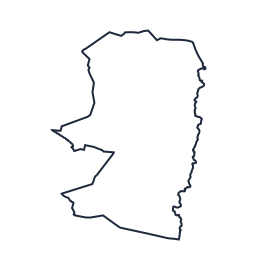 the district of Haut-Sassandra, Haut-Sassandra, Ivory Coast, rotated 192°
{"feature_id": "98640826B13622385448205", "entity_name": "Haut-Sassandra", "entity_type": "district", "adm_level": 2, "iso_a3": "CIV", "parent_name": "Ivory Coast", "parent_adm1": "Haut-Sassandra", "projection": "orthographic", "projection_center": [-6.803, 7.032], "detail": "fine", "context": "isolated", "style": "outline", "palette": "slate", "viewbox_px": 256, "rotation_deg": 192, "n_neighbors": 0, "source": "geoboundaries", "source_scale": "gbopen_adm2", "svg_char_len": 5493}
<svg xmlns="http://www.w3.org/2000/svg" viewBox="0 0 256 256"><g transform="rotate(192 128 128)"><path d="M162.2,31.5L150.5,31.7L150.3,31.8L146.2,32.6L134.2,37.3L116.7,29.5L114.3,28.9L88.2,28.8L65.6,28.5L59.2,29.3L55.1,29.5L55.2,30.2L55.0,31.1L55.2,31.8L55.1,32.4L55.1,32.9L55.3,33.3L55.1,34.2L55.5,35.8L55.5,36.4L55.4,36.7L55.7,37.9L55.6,38.4L55.2,38.9L55.4,39.4L55.7,39.4L55.8,39.3L56.0,39.6L56.4,39.9L56.5,40.2L56.6,40.8L56.4,42.4L56.1,42.8L55.7,42.9L55.4,43.3L55.3,44.1L56.1,46.2L56.7,46.7L57.1,47.5L57.0,48.2L56.8,49.0L56.8,49.3L57.5,50.4L58.0,50.8L58.1,51.2L58.4,51.4L59.1,51.4L59.3,51.5L60.1,53.5L60.5,53.4L61.2,53.2L62.1,52.7L62.4,52.6L63.0,52.7L63.3,52.9L63.8,53.9L65.0,55.5L65.2,55.8L65.1,56.1L65.4,56.2L65.7,56.1L66.1,56.2L66.6,56.5L67.0,56.8L67.1,57.3L67.1,58.5L67.4,59.6L67.4,60.1L67.3,60.5L67.0,60.7L65.8,60.8L64.8,60.4L63.6,60.4L63.0,60.5L62.3,60.8L62.1,60.9L61.4,61.6L61.0,61.8L60.5,62.1L60.3,62.3L60.1,62.8L60.2,63.8L60.8,64.4L61.3,65.2L61.9,65.5L62.4,66.3L62.4,66.9L62.1,67.9L62.0,68.6L62.1,69.3L62.5,70.4L63.1,71.4L63.3,71.5L63.7,72.2L64.5,72.8L65.0,73.0L65.0,73.7L65.1,74.5L64.8,75.3L64.1,76.0L63.9,76.5L63.2,77.2L62.8,77.4L62.5,77.4L61.2,77.5L60.4,77.7L59.9,77.7L59.5,77.8L59.1,78.5L59.3,78.9L59.4,79.5L59.7,79.6L59.9,80.0L59.8,80.5L58.6,81.0L58.0,81.8L57.9,82.2L57.7,82.6L56.6,82.7L56.0,82.6L55.5,82.9L54.9,83.6L54.8,84.0L54.9,84.5L56.1,85.6L56.5,86.2L57.4,88.0L57.9,88.6L57.9,89.0L57.7,89.9L57.3,90.8L56.6,92.7L56.8,93.7L57.2,94.2L57.3,94.5L57.3,95.3L57.2,96.4L56.9,97.2L56.6,97.8L56.8,99.5L56.4,101.0L56.2,102.3L56.4,103.9L57.1,105.5L57.5,105.8L57.6,106.1L57.2,107.0L56.5,107.0L55.7,107.2L54.6,107.9L54.3,108.3L54.6,109.2L55.0,109.7L55.8,110.3L56.1,110.4L56.8,110.5L57.0,110.6L58.1,112.3L58.5,112.6L58.6,113.0L58.6,113.4L58.4,113.6L57.9,113.8L57.6,114.3L57.5,114.8L57.5,115.0L57.7,116.5L57.9,116.8L57.9,117.6L57.8,118.1L58.1,118.2L58.5,118.1L58.9,118.6L58.9,119.3L59.1,119.5L59.7,119.6L59.8,119.8L59.9,120.3L59.9,120.5L59.6,121.0L59.0,123.1L58.8,123.3L58.7,123.6L58.8,124.6L58.2,126.1L58.3,127.7L58.2,128.6L57.9,129.9L57.6,130.5L57.4,130.6L57.3,131.6L57.6,132.2L57.9,132.5L58.1,132.9L58.1,135.0L58.0,136.3L57.7,136.9L57.4,137.5L57.3,138.6L57.6,140.2L57.7,140.6L58.0,141.0L59.2,142.0L59.7,142.1L59.9,142.3L60.0,142.7L60.3,143.0L60.3,143.8L60.2,144.0L60.0,144.3L60.1,145.2L60.0,145.5L59.7,146.0L59.2,146.4L58.2,146.8L57.7,147.4L57.6,148.2L57.7,148.6L57.9,149.0L57.8,150.1L57.9,150.6L57.7,151.3L57.6,151.9L57.7,152.2L58.1,152.6L58.6,152.7L59.3,153.1L59.7,153.4L60.3,153.6L61.4,153.6L61.8,153.4L62.6,153.6L62.9,153.6L63.2,153.7L63.4,153.7L63.9,153.9L64.5,153.9L64.7,154.0L64.7,154.5L65.1,154.7L65.1,154.9L65.0,155.1L65.1,155.5L66.0,157.2L66.1,157.4L66.0,158.1L66.1,158.3L66.5,158.8L66.4,159.8L65.9,161.0L66.3,161.6L66.4,161.8L66.8,162.7L67.0,163.5L67.4,164.0L67.6,164.4L67.5,165.2L67.4,165.7L67.4,166.6L66.7,167.4L66.6,167.7L66.7,168.0L68.1,168.5L68.7,169.1L68.8,169.5L68.7,170.0L68.3,170.4L67.8,171.4L67.4,171.7L66.7,172.4L66.7,172.9L66.5,173.5L66.5,174.0L66.7,174.7L67.3,175.6L67.6,176.7L67.3,178.1L67.3,178.6L67.1,179.6L67.3,180.0L67.1,180.8L66.7,181.5L65.7,182.5L64.2,183.5L62.9,184.7L62.7,185.0L62.6,185.7L62.7,186.5L62.8,186.8L63.1,187.1L63.7,187.6L64.2,187.7L64.5,187.9L65.5,188.3L65.8,188.6L65.4,189.4L65.3,189.7L65.4,189.8L65.6,189.8L66.4,189.1L67.2,189.4L67.9,190.0L68.0,190.3L68.0,190.6L68.5,191.9L69.0,192.6L69.6,193.3L70.3,194.2L70.3,194.4L70.0,194.8L70.0,195.0L70.9,197.2L71.5,198.1L71.5,198.5L71.4,199.2L71.2,199.3L70.6,199.7L70.0,200.5L69.8,200.7L69.3,200.7L69.1,200.9L68.7,201.4L68.3,201.7L67.4,201.9L66.4,201.6L65.9,201.4L65.4,201.3L65.2,201.3L64.7,202.0L64.7,202.8L65.0,203.3L65.3,203.6L65.5,203.6L65.8,203.5L66.3,203.6L66.7,203.4L67.0,203.5L67.2,204.1L67.6,204.5L68.1,205.9L68.2,206.4L68.1,206.7L73.8,212.8L76.3,216.0L78.7,219.4L82.2,225.0L82.7,225.4L83.4,225.6L86.7,225.9L89.9,225.8L95.3,225.1L99.1,224.4L102.4,223.6L105.3,223.3L106.4,223.0L110.1,222.7L110.6,222.8L114.8,222.5L117.9,219.9L128.5,227.5L132.5,226.2L137.5,223.4L138.0,223.2L138.4,223.2L139.0,223.1L140.4,223.1L145.2,222.3L150.7,221.0L151.1,219.8L153.8,216.7L166.1,217.8L186.4,196.2L187.7,195.4L187.9,194.9L188.6,194.1L188.6,193.7L188.7,193.4L188.6,193.1L188.5,192.8L183.5,189.6L180.0,187.5L180.3,180.8L180.0,180.5L178.6,179.5L178.2,179.0L178.2,178.8L178.6,178.1L178.7,177.7L178.6,177.3L178.7,176.4L177.1,173.5L170.8,165.3L170.1,155.4L166.1,145.7L167.6,133.0L169.9,130.5L193.2,115.9L193.4,111.2L201.7,110.2L201.4,109.9L200.3,109.6L199.6,109.3L197.3,108.6L196.5,108.2L195.8,107.8L195.2,107.9L194.9,107.9L192.7,106.6L191.6,106.5L189.9,105.8L188.5,105.2L187.2,105.0L186.9,104.9L186.5,104.5L186.1,104.3L185.8,104.0L185.2,103.8L184.5,103.9L184.0,103.1L183.2,102.9L182.8,102.7L182.0,102.4L180.9,101.6L180.1,101.2L179.4,100.9L179.3,100.7L179.1,100.6L178.7,100.1L178.2,99.4L178.1,99.2L178.1,98.4L178.3,98.3L179.3,97.7L179.1,97.3L178.4,96.9L177.8,96.8L177.2,95.8L176.6,95.3L175.7,94.3L170.2,97.5L166.5,97.5L166.4,102.3L157.7,102.4L148.5,100.9L147.1,99.9L136.9,101.2L136.9,100.2L148.8,75.3L150.2,73.6L150.8,68.5L151.2,65.8L179.2,50.0L178.7,49.5L178.0,49.0L176.5,48.2L175.7,47.9L174.1,47.5L172.8,47.3L172.5,47.4L171.8,47.2L171.3,46.8L170.5,45.8L169.6,44.9L169.1,45.0L168.7,44.8L168.1,44.2L167.7,44.0L166.6,44.0L166.0,43.8L165.8,43.4L165.7,42.7L165.9,42.0L165.8,41.5L166.0,40.6L165.9,39.6L166.1,38.1L165.8,37.7L165.2,37.3L164.9,36.6L163.3,34.9L163.0,34.5L162.8,33.8L162.8,33.5L163.0,33.4L163.2,32.3L162.7,31.9L162.4,31.9L162.4,31.6L162.2,31.5Z" fill="none" stroke="#1e293b" stroke-width="2"/></g></svg>